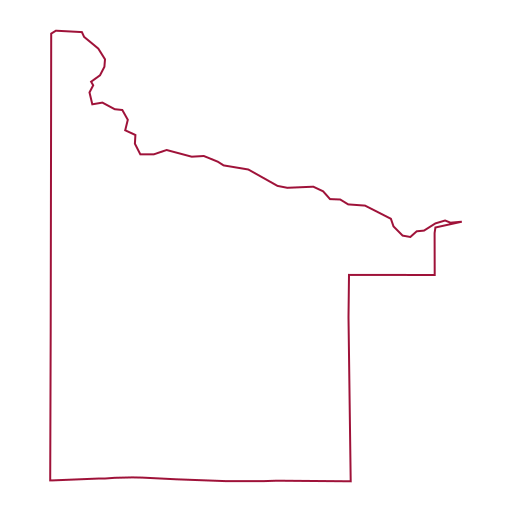 Twin Falls, Idaho, United States of America
{"feature_id": "52423323B42064959468604", "entity_name": "Twin Falls", "entity_type": "district", "adm_level": 2, "iso_a3": "USA", "parent_name": "United States of America", "parent_adm1": "Idaho", "projection": "robinson", "projection_center": [-114.6, 42.456], "detail": "fine", "context": "isolated", "style": "outline", "palette": "rose", "viewbox_px": 512, "rotation_deg": 0, "n_neighbors": 0, "source": "geoboundaries", "source_scale": "gbopen_adm2", "svg_char_len": 880}
<svg xmlns="http://www.w3.org/2000/svg" viewBox="0 0 512 512"><path d="M51.2,33.6L51.1,103.6L50.7,331.5L50.2,480.4L52.7,480.4L99.5,478.5L105.4,478.5L114.7,477.8L132.5,477.4L142.3,477.6L176.3,479.3L225.0,481.1L264.7,481.1L276.9,480.7L350.7,481.3L348.5,317.2L349.0,274.9L434.7,275.0L434.6,233.0L435.4,227.5L461.8,221.7L450.5,222.7L445.1,220.5L435.4,223.4L424.0,230.6L416.7,231.3L410.3,237.0L402.6,235.6L393.5,226.4L390.9,218.8L365.0,205.6L348.2,204.4L340.2,199.5L330.0,199.1L323.1,191.3L313.3,186.7L287.3,187.8L277.5,185.9L248.3,169.5L223.6,165.4L217.8,161.7L203.8,156.0L191.7,156.7L166.6,150.0L153.9,154.3L140.3,154.3L134.9,143.7L135.4,135.0L125.2,130.3L127.8,119.8L122.3,110.0L114.7,109.2L102.4,102.6L92.3,104.3L89.5,92.4L93.2,85.3L91.1,81.7L100.0,75.3L104.4,66.8L105.0,59.3L98.3,48.6L84.1,36.9L81.9,32.1L55.9,30.7L51.2,33.6Z" fill="none" stroke="#9f1239" stroke-width="2"/></svg>